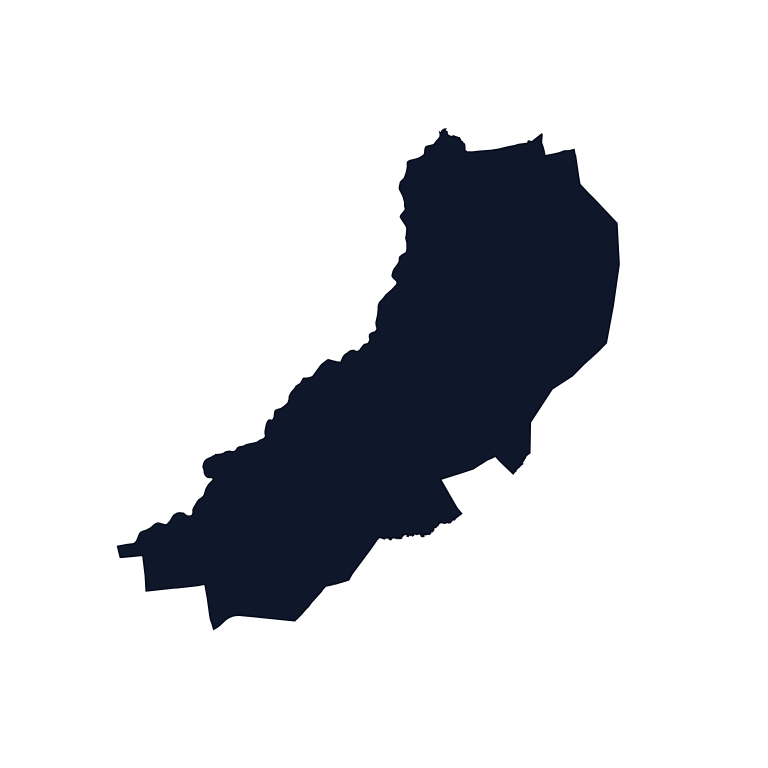 Fratautii Noi, Suceava, Romania, rotated 110°
{"feature_id": "2599482B88519783611036", "entity_name": "Fratautii Noi", "entity_type": "district", "adm_level": 2, "iso_a3": "ROU", "parent_name": "Romania", "parent_adm1": "Suceava", "projection": "orthographic", "projection_center": [25.895, 47.931], "detail": "fine", "context": "isolated", "style": "filled", "palette": "ink", "viewbox_px": 768, "rotation_deg": 110, "n_neighbors": 0, "source": "geoboundaries", "source_scale": "gbopen_adm2", "svg_char_len": 6155}
<svg xmlns="http://www.w3.org/2000/svg" viewBox="0 0 768 768"><g transform="rotate(110 384 384)"><path d="M222.3,424.7L227.7,417.5L228.8,416.3L230.3,415.5L236.9,413.7L239.1,413.5L243.5,410.6L249.4,408.4L251.4,408.0L253.2,408.2L256.5,411.0L259.0,412.5L260.3,412.5L263.3,411.6L264.3,411.5L266.8,412.0L272.7,413.7L275.0,413.9L279.5,413.4L280.5,412.4L281.7,410.1L282.5,407.9L282.9,407.2L284.2,406.3L285.9,405.9L292.5,408.6L299.7,412.6L303.7,413.8L308.1,415.7L309.2,416.0L311.0,416.1L313.2,415.8L316.0,414.8L321.0,413.5L329.2,412.4L332.0,411.0L333.3,409.9L335.0,409.2L337.7,409.8L338.3,410.4L340.0,412.7L341.8,414.1L342.9,414.3L344.7,413.8L346.4,412.6L347.4,412.2L350.4,412.4L351.4,412.9L352.3,413.7L353.3,415.5L354.0,416.2L358.9,417.9L360.4,418.1L362.3,419.6L363.0,420.7L363.0,421.1L363.1,421.7L362.8,424.0L364.2,426.6L366.2,428.2L367.6,428.9L368.5,429.8L370.4,430.9L371.7,431.4L372.8,431.6L377.9,431.9L378.5,432.2L379.3,434.7L380.1,441.7L380.1,443.3L380.4,444.9L384.4,447.6L386.8,449.0L389.0,449.9L401.5,453.5L403.5,455.9L405.1,458.6L406.1,461.4L407.1,461.9L408.7,461.9L412.3,462.7L414.4,464.5L415.4,465.0L415.9,465.7L418.8,466.2L423.4,468.1L427.3,468.6L428.4,468.6L430.4,467.9L431.4,467.8L433.8,467.6L435.1,467.9L438.9,469.9L442.5,472.4L444.1,474.8L446.0,476.9L447.6,477.0L452.6,475.8L455.4,476.0L456.2,476.5L456.8,477.4L457.0,479.5L459.1,480.5L461.9,480.6L468.6,479.6L470.8,478.9L473.3,477.4L474.6,477.4L476.1,477.9L477.4,479.0L479.5,481.4L482.1,483.1L483.4,484.9L488.1,492.5L490.5,494.6L493.0,498.9L494.4,499.7L496.4,500.2L498.0,500.9L499.1,502.2L499.8,503.7L499.9,505.4L500.2,506.4L501.2,508.3L502.3,509.8L503.9,510.8L506.1,513.6L506.6,514.9L507.6,516.7L507.8,517.9L509.2,518.5L510.1,519.8L511.9,521.1L513.9,523.3L515.7,524.9L517.0,525.6L519.4,526.2L523.0,525.8L523.9,525.5L526.5,523.4L528.7,522.5L530.5,520.9L531.6,519.1L531.9,517.6L530.8,514.0L530.8,512.9L531.6,512.0L532.7,511.7L538.6,514.4L542.9,515.2L544.6,515.2L549.6,514.9L551.4,515.2L554.5,517.0L555.8,518.2L558.3,519.0L565.4,520.4L567.8,520.4L569.7,519.5L571.6,519.2L573.3,519.4L574.3,520.6L574.9,521.9L575.4,523.9L574.9,526.3L574.1,528.1L575.0,532.0L576.1,534.0L579.0,536.5L580.9,537.1L585.8,537.9L590.2,539.7L591.0,540.8L591.4,542.0L591.8,548.0L592.3,549.4L594.2,551.3L599.1,554.0L600.1,554.8L603.0,557.5L604.5,559.6L606.0,561.2L607.0,562.0L609.8,562.5L615.1,562.6L616.8,562.9L618.6,563.7L619.8,564.6L623.0,570.9L627.7,578.8L637.0,572.6L636.9,571.9L627.6,552.3L627.9,551.8L645.8,542.7L659.8,536.7L647.4,511.6L646.5,509.3L638.2,492.4L636.9,489.9L633.3,483.8L645.5,476.7L661.0,468.5L664.5,466.5L668.6,463.1L672.7,460.2L669.6,457.6L667.0,455.9L660.0,452.4L658.6,451.5L656.4,449.7L653.9,447.0L652.9,445.5L651.8,443.5L650.4,439.9L650.2,438.6L647.3,427.6L637.0,386.8L636.3,386.7L634.1,385.4L628.3,382.8L622.2,380.5L618.6,378.8L614.0,377.5L600.4,372.0L598.1,371.5L593.8,369.7L590.4,364.2L588.9,362.3L588.6,361.4L580.2,350.2L573.3,349.1L542.2,339.8L532.2,337.2L529.8,335.9L529.3,334.9L529.4,334.4L529.3,333.7L529.5,333.0L529.3,331.5L529.4,330.8L529.3,330.5L528.5,330.4L528.0,330.0L527.7,328.6L527.3,328.3L526.6,327.1L526.8,326.8L527.6,326.5L527.8,326.2L528.1,324.7L527.6,324.2L527.3,324.2L527.0,324.8L526.6,324.9L525.9,324.2L525.7,323.0L524.8,322.2L524.7,321.7L524.9,320.8L524.3,319.2L524.7,318.8L524.5,318.3L523.2,317.6L523.0,317.3L523.9,316.6L523.8,316.1L522.6,314.7L521.4,315.3L520.8,314.8L520.2,315.0L520.2,314.3L520.0,314.1L518.8,314.6L518.6,314.4L518.5,313.0L517.7,312.5L517.7,311.8L517.1,311.0L517.2,310.3L517.5,310.1L518.9,310.3L518.9,309.2L517.2,309.0L517.1,308.7L517.2,307.7L516.7,307.7L516.4,307.2L516.6,305.9L516.9,305.5L516.8,305.1L516.0,304.5L514.6,304.6L513.9,304.5L513.8,304.2L514.3,302.3L512.2,298.8L512.6,298.5L512.9,297.9L514.0,297.1L514.3,296.6L514.2,295.6L513.8,294.8L513.6,294.5L512.1,295.0L511.5,294.7L511.1,294.3L511.3,293.6L511.3,293.2L510.5,292.8L510.5,292.1L510.0,291.2L509.7,290.9L509.6,290.6L509.7,290.0L507.9,289.2L507.2,289.5L506.2,289.5L506.1,289.1L506.2,288.3L506.0,287.9L505.0,287.9L504.6,287.5L504.1,287.5L502.9,288.0L502.5,287.9L501.4,287.4L501.0,286.3L500.7,286.1L499.8,286.2L498.5,284.9L497.3,285.0L496.0,284.4L495.0,284.6L494.4,284.4L494.1,284.1L494.1,283.8L495.0,283.3L495.0,283.1L494.3,282.4L494.3,280.0L493.6,278.7L492.4,277.4L492.3,275.8L492.0,274.9L491.6,274.4L488.2,273.1L487.8,272.6L487.5,271.3L485.8,271.0L479.2,266.8L476.5,271.7L474.7,274.2L454.3,298.4L440.1,279.9L433.1,271.1L426.5,266.2L425.8,265.4L420.5,261.5L416.7,257.5L414.7,255.6L413.5,254.8L416.8,248.7L424.2,231.9L422.9,231.6L421.8,231.0L421.2,231.0L420.8,230.4L420.0,230.5L419.1,230.4L418.0,229.9L417.4,230.0L417.1,229.8L416.7,229.1L414.6,228.1L413.6,227.9L412.1,226.7L411.6,226.5L410.4,227.3L407.5,226.5L405.7,226.6L405.4,226.0L404.3,226.2L403.0,225.9L401.1,225.0L399.0,223.4L370.0,233.4L331.1,224.3L312.0,209.9L296.8,202.9L280.8,194.4L269.4,189.2L232.2,195.4L191.2,204.0L153.3,220.1L139.0,248.6L134.9,257.4L129.4,268.3L122.1,272.4L103.7,282.3L102.8,283.3L98.7,285.6L101.8,290.1L103.4,294.4L106.8,298.2L109.9,303.0L114.6,310.8L110.5,313.2L106.3,316.2L102.8,319.1L102.5,318.9L96.4,320.6L95.5,320.9L95.3,321.3L106.0,327.9L106.0,329.3L106.3,331.4L108.4,331.3L109.0,331.6L109.4,332.7L113.0,339.6L115.2,342.4L118.5,348.0L124.4,356.9L127.8,363.1L133.3,375.2L136.2,380.9L136.5,382.4L137.5,384.6L137.5,385.4L137.2,386.9L136.6,388.2L134.9,388.6L131.3,390.3L131.0,390.8L131.4,391.2L129.5,393.5L129.6,394.7L126.9,397.3L127.1,398.2L127.2,403.9L128.6,403.8L128.5,408.7L127.2,410.4L125.5,411.0L125.3,412.4L124.7,413.4L124.4,413.5L123.5,413.4L123.9,414.0L123.9,414.5L124.9,415.1L125.5,415.8L126.4,416.1L127.2,416.1L128.1,415.8L128.4,415.9L128.6,416.5L128.4,417.6L129.6,416.8L131.3,416.1L132.0,415.9L133.4,416.0L134.5,416.3L138.1,417.8L141.1,418.6L142.1,419.2L142.9,420.1L146.1,425.1L147.3,425.8L149.3,425.7L153.6,424.6L155.2,424.8L158.4,427.1L160.4,429.1L161.7,430.7L164.9,435.6L166.4,437.2L167.2,437.6L168.0,437.7L171.9,436.2L177.0,435.3L182.5,435.2L184.1,435.4L188.4,437.5L192.2,437.1L194.6,436.6L196.1,435.6L199.6,431.7L201.4,430.0L206.4,426.5L210.1,425.2L210.7,424.5L212.4,423.7L213.8,423.7L219.3,425.7L221.1,425.8L221.7,425.5L222.3,424.7Z" fill="#0f172a" stroke="#020617" stroke-width="1.5"/></g></svg>